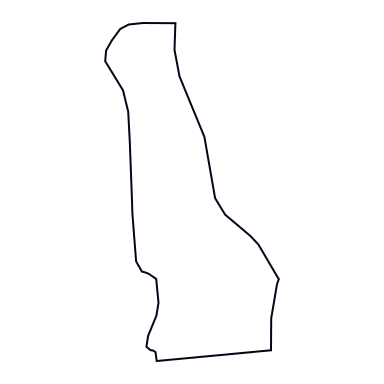 Ouémé, Albers equal-area conic projection
{"feature_id": "BEN-2177", "entity_name": "Ouémé", "entity_type": "Department", "adm_level": 1, "iso_a3": "BEN", "parent_name": "Benin", "parent_adm1": "", "projection": "albers", "projection_center": [2.527, 6.671], "detail": "fine", "context": "isolated", "style": "outline", "palette": "ink", "viewbox_px": 384, "rotation_deg": 0, "n_neighbors": 0, "source": "natural_earth", "source_scale": "10m", "svg_char_len": 609}
<svg xmlns="http://www.w3.org/2000/svg" viewBox="0 0 384 384"><path d="M275.2,294.9L271.2,318.4L271.0,350.3L270.8,350.3L156.7,361.0L155.5,352.1L152.9,350.5L150.4,350.1L146.4,346.7L148.1,335.9L156.4,315.7L158.5,302.8L156.2,279.0L150.1,274.7L147.8,273.4L144.8,272.3L141.9,271.6L136.1,261.3L132.4,213.7L131.9,198.0L129.8,141.8L128.2,111.6L123.0,90.3L105.2,61.2L106.1,50.6L111.8,40.5L120.3,28.9L128.7,24.5L143.2,23.0L175.4,23.2L174.5,49.9L179.5,76.4L204.4,136.9L215.1,198.2L225.1,214.6L250.4,236.0L258.4,244.5L278.6,278.9L278.8,279.1L277.0,284.2L275.2,294.9Z" fill="none" stroke="#020617" stroke-width="2"/></svg>